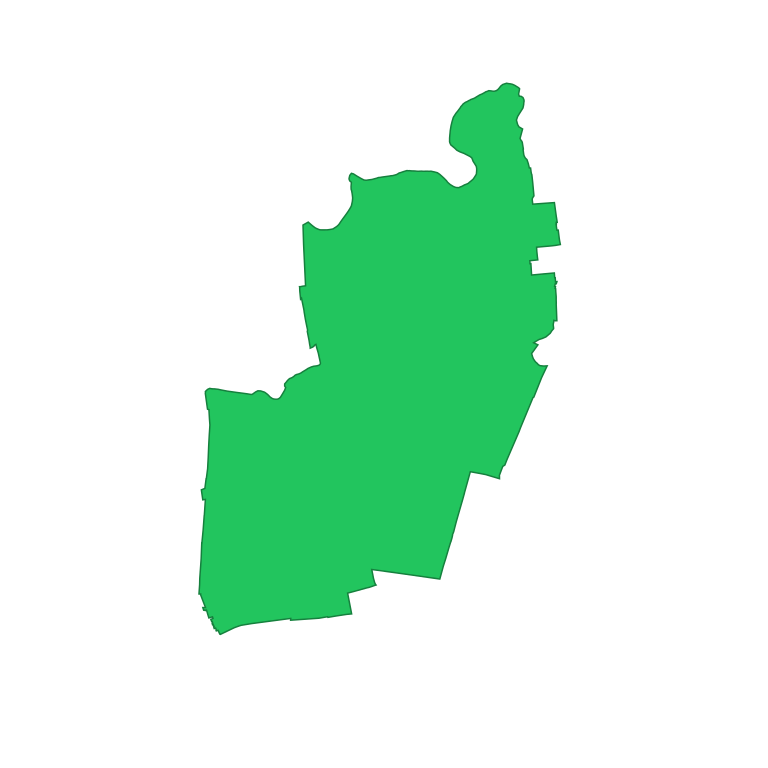 the district of Magurele, Ilfov, Romania, rotated 146°
{"feature_id": "2599482B86317878562303", "entity_name": "Magurele", "entity_type": "district", "adm_level": 2, "iso_a3": "ROU", "parent_name": "Romania", "parent_adm1": "Ilfov", "projection": "orthographic", "projection_center": [26.004, 44.349], "detail": "fine", "context": "isolated", "style": "filled", "palette": "green", "viewbox_px": 768, "rotation_deg": 146, "n_neighbors": 0, "source": "geoboundaries", "source_scale": "gbopen_adm2", "svg_char_len": 6159}
<svg xmlns="http://www.w3.org/2000/svg" viewBox="0 0 768 768"><g transform="rotate(146 384 384)"><path d="M536.8,477.6L536.2,477.5L537.4,476.1L544.4,461.8L543.5,460.6L548.5,452.2L551.3,447.3L555.0,442.5L557.4,439.4L563.6,431.2L571.1,421.0L577.6,412.4L584.2,404.9L584.4,405.0L590.9,397.6L594.6,398.4L599.0,389.3L596.6,388.2L606.4,375.6L606.6,375.5L615.5,364.2L623.9,354.0L624.0,354.1L633.2,341.5L645.7,325.5L649.1,320.7L654.8,313.4L653.4,312.4L653.9,311.8L657.0,298.5L657.4,298.8L659.2,300.0L660.0,297.3L659.8,297.1L658.7,296.5L658.8,296.1L657.6,295.8L658.3,293.4L658.7,292.3L660.0,288.0L656.4,286.9L656.9,285.2L659.2,285.7L659.7,283.4L659.2,283.2L659.8,281.5L660.3,281.6L660.8,280.2L660.1,280.0L660.5,278.0L660.9,278.1L661.5,276.2L660.1,275.8L660.7,273.4L661.0,273.5L661.1,273.1L659.3,272.6L660.0,268.5L659.5,268.3L659.5,267.9L644.5,265.7L642.4,265.2L638.6,264.2L637.3,263.8L627.7,259.4L592.4,241.8L593.5,240.4L568.9,226.2L560.9,222.6L561.0,221.9L553.7,218.6L543.8,213.9L539.4,211.5L531.1,231.0L526.0,229.2L512.0,224.5L510.3,223.8L507.1,222.9L503.9,222.1L503.0,221.8L503.0,222.0L503.1,222.7L502.8,224.6L502.3,226.1L501.4,228.8L499.8,232.5L497.9,237.1L476.9,218.3L446.8,191.1L436.7,199.8L430.4,204.8L421.6,212.1L417.0,215.8L416.8,215.8L413.7,218.4L411.9,220.1L411.4,220.8L408.9,222.5L405.2,225.8L401.0,229.5L396.0,233.7L383.9,243.8L378.5,248.4L378.5,248.5L361.5,263.0L354.8,256.5L350.2,251.9L347.2,248.2L341.2,240.9L339.7,243.2L339.5,243.7L331.6,249.3L329.2,249.2L324.4,252.5L298.8,268.9L295.0,271.6L268.1,289.4L267.2,289.3L249.7,301.2L238.6,307.8L240.1,308.7L241.6,309.6L244.3,311.9L244.7,312.5L245.0,313.2L245.3,314.0L245.4,315.3L245.8,316.6L246.0,317.6L246.1,318.1L246.1,319.1L246.1,321.3L245.7,323.2L244.6,326.7L234.5,330.4L236.9,334.5L233.8,334.4L230.6,334.2L227.2,333.2L223.4,332.5L220.6,332.8L219.0,333.0L217.9,333.1L216.9,333.5L215.1,334.3L212.5,335.0L212.1,335.5L210.9,337.9L210.1,339.1L208.6,340.5L207.6,341.8L206.6,340.6L205.9,340.2L205.3,339.8L196.4,354.2L196.1,354.5L194.4,357.2L192.5,360.0L191.3,362.1L189.9,364.6L188.6,366.7L188.3,367.3L188.3,367.5L188.6,367.7L187.4,368.8L188.0,369.5L185.7,371.5L185.2,370.8L184.7,371.1L183.4,372.2L184.6,372.9L182.6,376.4L183.0,376.7L182.7,377.3L180.7,380.8L190.1,386.0L200.7,391.8L194.9,401.7L195.7,402.1L194.5,404.1L194.2,404.7L187.1,400.9L185.6,403.9L183.3,408.2L183.2,408.4L181.0,412.1L169.8,405.9L167.2,404.5L164.3,403.0L159.8,401.0L158.2,404.8L157.0,407.3L153.5,414.2L154.6,414.9L152.1,420.1L151.9,419.9L150.8,421.8L150.5,421.7L150.0,421.2L147.9,425.6L147.8,425.9L141.3,439.1L148.6,443.3L155.9,447.5L160.1,449.9L157.9,454.2L156.8,455.2L154.5,456.1L148.3,467.4L144.4,474.8L144.2,475.8L143.6,477.3L141.7,481.1L142.7,481.8L141.1,486.1L140.0,490.1L140.3,491.4L140.5,492.5L140.3,494.6L139.9,495.9L137.5,500.8L137.1,500.8L134.2,507.1L134.0,508.6L134.2,508.9L133.9,511.5L126.5,517.9L127.7,520.4L128.4,521.9L128.2,522.9L128.3,523.5L127.8,525.4L126.6,528.8L125.5,529.6L123.7,531.0L120.9,532.3L117.2,533.9L114.5,535.1L113.2,536.3L111.9,537.6L111.0,538.8L109.6,540.3L109.0,541.6L108.6,543.8L109.5,545.9L110.9,546.9L110.3,549.1L107.9,551.5L106.5,552.9L106.7,554.3L108.6,558.5L109.9,560.6L111.2,562.0L112.9,563.5L114.2,564.8L118.1,565.9L120.7,565.7L122.7,565.0L125.0,564.4L126.9,564.4L129.0,565.1L130.4,566.2L131.3,567.1L133.1,568.6L134.9,568.9L136.0,569.3L138.1,569.4L140.4,569.6L142.9,570.1L146.5,570.3L149.2,570.4L151.4,570.9L152.9,571.3L153.9,571.3L155.7,571.6L156.8,571.6L159.0,572.0L161.9,571.9L163.6,571.3L165.1,571.0L166.3,570.4L168.0,569.8L170.3,569.0L173.0,568.2L177.4,566.3L180.7,563.6L183.9,560.7L185.8,558.7L187.3,557.1L189.0,555.0L190.5,553.2L192.1,551.2L194.2,548.1L194.6,546.8L194.9,544.8L193.5,540.0L192.9,537.1L191.3,534.1L188.7,530.4L185.4,524.4L184.8,522.4L185.0,521.2L185.6,518.7L185.6,517.3L185.8,512.8L186.8,510.6L188.0,508.9L190.1,506.3L192.5,505.2L195.4,504.0L197.7,503.7L200.0,503.5L201.0,503.4L201.7,503.2L203.6,503.5L206.2,504.1L207.9,504.2L209.3,504.4L210.9,504.8L212.1,504.9L214.1,506.4L215.1,507.5L216.1,509.1L217.6,512.4L218.1,514.2L218.5,515.9L218.5,517.5L219.2,521.2L219.9,524.1L220.6,526.8L221.6,529.3L223.6,531.6L226.0,534.1L227.8,535.2L229.1,536.2L232.5,538.4L233.9,539.5L236.8,541.3L238.2,542.4L239.4,543.4L242.6,545.7L243.4,546.5L244.6,547.2L245.6,548.1L249.1,549.2L251.0,549.7L251.8,549.9L252.6,550.2L253.7,550.5L255.5,550.5L256.8,550.7L258.3,551.2L260.3,551.9L261.7,552.7L263.3,553.4L269.8,556.6L271.6,557.4L273.2,558.3L274.6,558.6L275.8,559.0L277.2,559.5L278.5,559.9L279.6,560.3L280.8,560.9L282.4,561.7L284.9,562.9L286.5,564.3L288.2,567.4L290.1,571.3L291.8,575.2L293.2,576.9L295.7,576.1L298.0,574.0L298.5,573.1L298.8,571.7L298.7,570.8L298.5,570.4L298.3,569.7L298.3,569.4L300.9,566.1L302.3,563.9L302.9,562.0L304.0,559.5L305.4,556.8L306.0,555.7L308.1,553.1L310.5,550.8L311.6,549.8L314.1,548.5L317.8,546.9L321.8,545.4L326.3,543.8L328.7,542.9L331.9,541.6L333.0,541.3L335.2,541.0L339.6,541.1L340.6,541.5L342.6,542.4L344.8,543.5L346.5,544.6L350.2,547.1L350.8,547.6L351.5,548.4L352.9,550.5L353.7,551.9L354.9,555.4L356.0,559.4L356.3,560.6L356.5,560.6L361.3,561.0L362.2,561.1L362.3,561.0L372.6,544.7L394.1,509.3L395.0,509.7L396.8,510.6L399.0,511.5L399.6,511.9L399.8,511.4L401.7,508.4L405.7,501.0L404.4,501.3L408.7,490.8L409.6,488.9L409.8,488.6L413.0,481.6L415.1,476.6L417.2,471.4L418.2,470.5L421.9,461.7L423.4,458.6L424.5,456.0L425.1,455.0L422.5,454.5L421.0,454.5L419.9,455.0L418.3,454.9L419.4,452.0L421.2,446.3L422.5,443.1L424.8,437.3L425.3,436.5L426.0,436.1L426.7,435.9L427.2,435.9L428.6,436.3L429.7,436.7L431.5,437.6L432.5,438.1L433.5,438.4L434.8,438.8L438.3,439.4L440.7,439.4L442.5,439.5L444.6,439.6L446.8,439.6L448.1,439.8L449.4,440.1L451.3,440.8L452.9,441.0L454.3,440.7L456.7,440.7L459.3,441.3L460.8,441.1L462.3,440.8L463.7,440.3L466.3,439.6L467.5,437.9L467.5,436.1L469.8,434.4L474.0,432.4L477.3,430.9L478.9,430.7L480.0,430.8L481.0,431.1L482.5,432.1L483.9,433.3L484.8,434.6L485.8,437.2L486.1,439.3L486.6,441.3L487.6,444.0L490.1,447.2L492.4,448.9L494.9,449.2L499.1,449.1L500.1,449.7L503.4,452.8L506.9,455.9L511.1,459.6L518.1,465.9L522.8,470.6L524.4,472.3L527.1,474.6L529.3,476.2L530.9,477.8L533.3,478.2L536.8,477.6Z" fill="#22c55e" stroke="#15803d" stroke-width="1.5"/></g></svg>